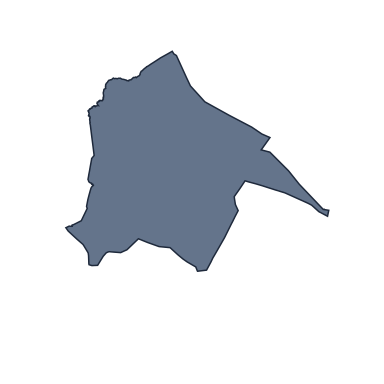 the district of Tubbergen, Overijssel, Netherlands, rotated 29°
{"feature_id": "6326949B58523414379719", "entity_name": "Tubbergen", "entity_type": "district", "adm_level": 2, "iso_a3": "NLD", "parent_name": "Netherlands", "parent_adm1": "Overijssel", "projection": "orthographic", "projection_center": [6.747, 52.404], "detail": "fine", "context": "isolated", "style": "filled", "palette": "slate", "viewbox_px": 384, "rotation_deg": 29, "n_neighbors": 0, "source": "geoboundaries", "source_scale": "gbopen_adm2", "svg_char_len": 4926}
<svg xmlns="http://www.w3.org/2000/svg" viewBox="0 0 384 384"><g transform="rotate(29 192 192)"><path d="M102.7,286.2L114.1,289.0L122.1,290.7L124.1,291.8L130.7,295.6L132.3,297.7L136.6,304.8L137.2,305.5L140.1,304.9L145.0,301.9L145.5,291.2L146.5,286.7L147.4,285.5L148.4,284.4L150.9,283.3L159.0,279.6L161.2,276.6L163.1,274.1L167.8,258.9L177.5,257.7L189.7,255.7L199.8,251.3L209.9,253.7L216.7,255.0L221.5,255.5L231.1,255.7L231.6,255.7L235.0,258.5L235.3,258.6L237.2,257.2L242.6,253.3L242.5,244.1L242.2,239.5L242.3,237.0L242.4,231.5L242.6,216.2L241.9,200.9L241.8,196.6L241.7,196.4L241.7,194.6L241.6,193.6L241.4,185.9L236.0,181.9L232.5,177.4L231.2,175.6L231.4,173.6L232.2,166.1L232.7,160.1L233.0,156.5L236.7,155.7L243.9,153.9L248.9,152.8L250.7,152.4L256.3,151.3L264.3,149.7L273.7,147.7L278.4,147.3L291.7,146.2L299.0,145.6L303.0,145.5L312.5,147.7L322.3,147.5L320.5,141.7L315.8,143.4L315.7,143.2L315.6,143.3L315.2,143.6L282.0,133.2L266.2,126.7L240.8,119.4L232.1,121.6L233.8,106.6L224.8,107.4L212.8,106.3L187.3,106.9L174.4,106.9L166.5,106.9L159.5,106.9L139.2,100.0L131.8,94.7L112.2,80.2L109.1,80.0L106.5,78.5L103.7,83.1L99.4,90.0L95.6,97.2L93.9,100.3L92.8,102.6L92.3,103.4L92.2,103.7L91.5,104.5L91.5,104.8L91.4,105.3L90.8,106.5L90.5,107.3L90.2,108.0L90.0,108.7L90.0,109.0L89.8,109.4L89.7,110.0L89.0,111.1L89.0,111.3L89.1,111.5L89.1,112.4L89.2,113.6L89.6,114.1L89.5,114.7L89.5,114.9L89.6,115.2L89.6,115.3L89.5,115.7L89.4,115.8L89.2,116.2L89.1,116.4L89.0,116.6L88.6,117.2L88.4,117.4L88.3,117.6L88.0,118.5L87.9,118.8L87.8,119.0L87.1,118.8L86.9,118.8L86.7,119.0L86.5,119.4L86.4,119.6L86.0,119.9L85.6,120.0L85.3,120.2L85.2,120.3L85.1,120.6L85.1,120.9L85.0,121.1L84.9,121.3L84.9,121.8L84.6,122.3L84.4,122.6L84.3,122.8L84.3,123.0L84.3,123.4L84.0,123.6L83.6,123.9L83.2,124.2L83.0,124.3L82.6,124.9L82.8,125.4L82.6,125.6L81.2,126.0L80.9,126.2L80.7,126.2L80.4,126.1L80.1,126.0L79.7,126.2L78.5,126.4L78.2,126.5L77.4,126.7L76.5,127.1L75.9,127.2L75.6,127.3L75.4,127.3L74.9,127.2L74.7,127.2L74.1,127.2L73.8,127.4L73.6,127.6L73.4,127.7L72.9,127.9L72.6,128.1L72.3,128.4L72.2,128.6L72.1,128.8L71.7,129.2L71.1,129.4L70.4,129.5L70.1,129.7L69.4,130.4L69.1,130.5L68.2,130.4L68.0,130.5L67.9,130.6L67.8,131.0L67.6,131.3L67.5,131.5L67.4,132.0L67.3,132.5L67.1,132.8L66.9,133.0L66.7,133.1L66.4,133.3L66.0,133.7L65.9,133.9L65.9,134.0L65.7,134.2L65.4,134.4L65.2,134.5L65.2,134.8L65.0,135.2L64.9,135.6L64.9,136.0L64.8,136.3L64.9,137.0L64.7,137.5L64.6,137.9L64.4,138.4L64.4,138.6L64.5,138.8L64.5,139.1L64.4,139.3L64.4,139.6L64.5,139.9L64.5,140.2L64.7,140.6L65.0,141.0L65.3,141.4L65.2,141.6L65.3,141.7L65.5,142.2L65.6,142.4L66.3,143.2L65.9,143.8L65.7,144.2L65.3,144.7L65.3,144.8L65.3,145.1L65.5,145.6L65.9,146.8L66.2,148.1L66.4,148.5L67.8,150.3L68.1,150.7L68.3,151.0L68.2,151.3L68.8,152.3L68.9,152.5L69.0,152.7L68.9,153.0L69.0,153.2L69.0,153.3L68.9,153.3L69.1,153.6L69.4,153.8L69.3,154.0L69.2,154.2L69.2,154.3L69.3,154.5L69.3,154.9L69.4,155.1L69.4,155.4L69.3,155.6L69.2,155.7L69.0,155.8L68.7,155.9L68.5,156.1L68.2,156.1L67.9,156.0L67.7,156.2L67.5,156.4L67.4,156.5L67.3,156.8L67.0,156.6L66.9,156.6L66.8,156.9L66.8,157.0L66.8,157.3L66.6,157.4L66.7,157.5L66.6,157.8L66.7,158.1L66.6,158.4L66.4,158.4L66.2,158.6L66.0,158.8L66.0,159.0L65.8,159.3L65.7,159.4L65.8,159.5L66.0,159.8L65.8,160.3L66.0,160.7L66.8,161.2L68.1,161.8L67.8,161.9L67.7,161.9L67.5,162.2L67.3,162.4L67.1,162.7L66.9,162.8L66.7,163.1L66.5,163.3L66.3,163.5L66.2,163.9L66.1,164.2L65.8,164.2L65.7,164.3L65.4,164.2L65.1,164.2L64.9,164.0L64.9,163.9L64.7,164.0L64.4,164.2L64.5,164.6L64.2,165.0L63.9,165.3L63.7,165.9L63.5,166.0L63.4,166.3L63.6,166.5L63.7,166.8L63.8,167.0L63.5,167.4L63.2,167.7L63.1,167.8L62.9,167.9L62.9,168.0L62.8,168.7L62.7,168.7L62.2,169.0L62.3,169.3L62.3,169.5L62.2,170.2L62.1,170.3L62.0,170.6L61.9,170.8L61.8,171.0L61.7,171.3L61.9,171.6L62.2,171.6L62.3,171.7L62.5,171.7L62.6,171.8L63.0,172.2L63.1,172.6L63.5,172.8L63.9,173.1L64.0,173.3L64.1,173.5L64.2,173.8L64.2,174.3L64.3,174.5L64.5,175.0L64.5,175.3L64.9,175.2L65.2,175.2L65.3,175.2L65.3,175.4L65.5,175.4L65.9,175.5L65.7,175.9L66.0,176.0L66.5,176.1L66.7,176.3L66.9,176.4L67.0,176.5L67.1,176.8L67.1,177.0L67.0,177.3L67.0,177.5L67.2,177.9L67.3,178.2L67.5,178.3L67.8,178.8L68.6,179.9L68.9,180.3L69.2,180.6L69.1,180.8L69.5,181.5L70.6,182.7L77.0,191.5L83.1,199.8L88.7,207.5L88.0,211.3L88.4,212.3L90.7,219.1L92.2,223.4L93.5,227.4L93.8,228.1L94.9,231.4L95.1,231.5L96.5,232.8L97.5,233.3L98.3,233.3L99.1,233.3L99.3,233.3L99.5,233.1L100.0,233.1L100.3,233.1L100.8,233.7L100.8,233.8L101.5,233.5L101.6,233.9L102.1,233.9L102.5,233.9L102.5,234.0L101.9,235.9L101.8,236.4L101.8,237.3L101.8,237.6L102.3,239.9L103.3,244.1L104.6,249.1L104.7,249.4L106.8,255.8L108.3,257.1L109.1,270.8L104.0,278.3L103.8,278.4L103.4,278.8L103.1,279.3L103.5,279.8L103.7,280.0L103.8,280.1L103.5,280.3L103.2,280.4L102.7,280.7L102.5,280.8L102.1,281.0L101.6,281.2L101.3,281.3L101.1,281.4L100.0,283.0L99.0,284.4L102.7,286.2Z" fill="#64748b" stroke="#1e293b" stroke-width="1.5"/></g></svg>